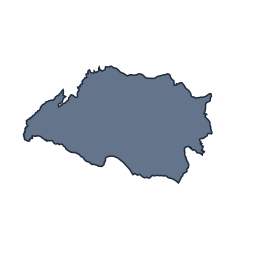 the district of Manonyane, Maseru, Lesotho, rotated 318°
{"feature_id": "5366337B83171462701560", "entity_name": "Manonyane", "entity_type": "district", "adm_level": 2, "iso_a3": "LSO", "parent_name": "Lesotho", "parent_adm1": "Maseru", "projection": "equal_earth", "projection_center": [27.717, -29.478], "detail": "fine", "context": "isolated", "style": "filled", "palette": "slate", "viewbox_px": 256, "rotation_deg": 318, "n_neighbors": 0, "source": "geoboundaries", "source_scale": "gbopen_adm2", "svg_char_len": 5740}
<svg xmlns="http://www.w3.org/2000/svg" viewBox="0 0 256 256"><g transform="rotate(318 128 128)"><path d="M128.7,202.5L129.6,201.8L130.1,202.2L130.9,201.8L132.2,201.4L133.2,201.0L134.0,200.5L135.2,200.1L136.4,200.2L137.4,199.5L138.8,199.0L139.9,199.2L140.6,199.5L141.3,199.4L142.1,199.7L142.8,199.7L143.6,198.4L144.6,197.8L146.4,197.8L147.2,197.0L148.6,196.0L149.1,194.4L149.5,193.5L149.8,192.6L149.8,191.6L150.3,190.9L150.4,190.0L151.4,188.9L151.6,187.1L152.2,185.9L152.8,185.1L153.8,184.3L154.2,183.7L155.2,182.0L155.9,181.7L156.5,180.8L157.9,180.7L158.5,181.1L160.2,181.8L160.8,182.4L161.0,183.4L161.4,184.2L160.8,184.0L160.8,185.1L161.3,185.6L161.3,186.3L161.1,187.2L161.4,188.0L162.7,188.4L163.0,189.4L162.8,192.8L163.7,193.5L164.1,194.4L164.7,194.9L164.9,195.7L164.9,196.9L165.2,197.7L166.1,196.8L168.1,196.7L168.7,196.9L169.1,196.5L168.8,195.7L168.0,195.6L168.0,194.7L167.6,193.9L169.4,193.5L170.0,192.5L170.9,192.4L171.5,192.0L171.6,191.3L171.0,190.7L171.3,189.8L171.2,188.6L171.8,189.1L172.4,189.0L171.9,188.2L173.1,186.8L172.8,186.2L172.8,185.4L173.2,184.8L173.8,184.3L174.6,184.4L175.4,184.8L175.9,185.6L176.5,185.6L177.4,186.2L178.3,186.4L179.0,186.2L181.6,186.7L182.4,186.2L183.2,185.7L184.0,185.8L184.7,186.5L185.4,187.1L185.8,188.1L186.8,188.1L187.6,187.3L187.8,186.2L189.1,183.8L190.4,182.2L191.1,180.2L192.3,179.0L192.8,178.2L193.0,175.9L193.0,174.8L192.8,172.7L193.0,170.7L194.3,170.5L195.6,170.5L195.4,169.6L194.1,168.1L195.2,167.7L197.1,166.7L199.2,164.8L201.6,162.2L203.0,161.8L204.4,161.9L206.3,162.7L207.5,162.6L208.9,161.2L210.1,160.6L211.4,160.1L212.0,159.1L212.5,158.0L211.8,157.2L209.1,156.7L208.5,156.7L207.1,156.5L205.9,156.1L203.8,154.9L202.5,153.6L201.5,153.3L200.4,152.3L198.3,151.2L197.9,149.3L197.2,148.7L196.7,148.0L196.4,146.6L197.1,145.2L197.7,144.3L198.2,141.1L198.0,139.3L197.5,137.5L197.7,136.3L198.2,134.2L198.2,133.0L198.4,130.5L197.1,129.3L196.0,128.9L194.9,129.0L193.6,127.5L192.6,128.4L191.6,127.8L190.9,127.0L192.6,125.0L193.6,123.6L193.2,120.2L193.7,118.4L194.3,117.5L194.6,116.0L193.8,114.2L192.0,113.6L189.9,112.3L188.2,111.5L184.4,109.4L182.2,109.1L181.3,109.1L179.6,107.7L178.2,106.4L175.4,103.5L174.8,102.5L174.5,98.7L173.9,96.8L172.7,95.4L171.3,94.4L169.8,94.2L167.9,92.9L165.8,90.3L164.9,89.6L163.1,89.2L162.3,88.5L161.8,86.8L161.4,85.2L160.9,83.8L160.3,82.8L159.7,81.4L159.7,79.0L159.6,77.4L159.1,75.6L158.5,74.8L157.7,73.7L156.9,70.9L155.9,70.1L154.6,70.0L152.6,67.6L151.7,67.8L150.5,69.0L149.9,69.1L148.8,69.0L146.9,68.4L146.7,67.0L146.1,66.5L146.5,64.9L147.3,63.5L146.2,63.9L145.5,64.7L145.0,65.6L144.2,65.9L143.0,65.9L142.5,65.4L141.3,65.4L140.9,63.9L141.0,63.0L139.7,64.0L138.8,63.9L138.1,63.1L137.5,62.1L137.5,60.9L138.1,60.1L138.2,59.1L137.1,58.7L135.6,59.5L134.8,60.8L134.3,60.3L132.9,60.0L132.2,60.7L131.8,61.8L131.4,62.7L130.5,62.7L129.6,61.8L128.6,62.3L126.2,62.3L125.0,62.7L124.4,63.5L124.3,64.5L123.7,64.7L122.7,64.2L121.7,64.0L120.7,64.5L120.3,65.3L119.6,64.5L118.5,64.7L117.8,64.0L117.4,64.8L117.6,66.4L117.2,67.1L116.1,67.3L115.0,67.4L113.9,68.1L113.2,68.7L112.7,69.3L111.5,71.0L110.7,71.0L110.1,70.9L109.6,70.1L109.0,68.3L109.2,67.4L108.6,66.4L108.2,65.4L107.5,65.4L106.9,65.3L106.2,65.7L104.1,66.0L103.5,66.8L102.5,67.2L98.9,67.2L97.3,67.1L95.9,66.3L94.3,66.7L93.8,66.3L91.7,66.3L90.7,66.0L91.2,64.8L91.6,64.4L92.2,63.9L93.3,63.9L94.1,64.4L95.7,64.6L97.0,64.4L97.9,63.7L99.9,62.8L102.7,62.9L102.0,61.2L101.5,60.7L101.8,59.8L102.7,59.4L104.6,57.5L105.4,56.1L104.1,56.1L102.7,56.4L102.1,56.9L99.1,56.9L98.1,57.3L97.3,56.7L95.8,56.5L95.0,56.5L94.0,56.7L92.9,57.4L92.1,57.1L90.9,57.3L90.2,56.5L89.0,55.6L87.3,54.9L85.9,54.6L84.8,53.8L81.9,54.2L80.2,53.5L77.6,54.0L77.0,54.0L75.7,55.1L75.2,55.1L74.3,55.4L73.3,55.5L72.4,54.9L71.9,55.5L69.8,54.9L69.0,55.2L66.9,55.6L65.8,55.2L64.3,55.2L63.8,55.7L62.9,55.5L61.8,54.9L60.9,55.6L60.0,54.9L58.9,54.7L57.2,54.7L56.9,55.7L55.9,56.4L55.3,57.0L55.1,57.9L55.0,59.3L54.1,59.5L53.3,59.1L52.1,59.1L51.6,59.9L50.8,59.7L49.7,61.4L48.8,61.4L48.7,62.2L47.8,62.4L46.8,62.3L46.4,63.0L45.7,63.2L45.6,64.2L45.0,64.3L44.8,65.8L43.9,66.3L43.5,67.8L44.2,68.9L44.3,69.5L44.6,70.5L45.4,71.2L45.7,71.5L46.1,71.7L46.3,71.7L46.5,71.5L46.7,71.4L47.0,70.8L47.3,70.6L47.8,70.9L48.1,70.7L48.5,70.6L48.8,70.6L49.0,70.7L49.7,70.7L49.7,71.2L49.6,71.4L49.7,71.7L50.0,71.8L50.7,71.0L50.9,70.8L50.9,70.5L51.5,69.8L52.2,70.3L52.6,70.9L52.8,71.3L53.0,71.3L53.1,71.5L54.1,72.5L54.7,72.8L55.1,73.2L55.5,73.3L55.7,73.2L56.6,74.4L57.1,75.5L57.6,76.4L57.5,77.5L58.0,79.4L58.3,80.4L58.3,81.4L58.9,81.9L58.7,82.6L59.4,82.5L59.2,83.5L60.1,84.2L60.9,84.5L61.5,85.4L63.1,86.4L63.3,87.5L62.9,88.7L62.9,89.6L63.1,90.9L63.9,91.8L65.5,92.6L65.8,94.4L66.9,94.7L67.6,95.2L68.2,96.5L68.3,97.3L68.0,98.0L68.5,100.5L68.0,101.6L67.8,102.6L68.3,103.2L68.3,104.3L68.6,105.5L69.4,107.9L70.0,108.5L71.3,110.1L72.1,110.4L73.3,113.4L73.6,114.2L74.0,114.8L74.1,115.7L73.9,116.7L74.1,118.1L74.8,119.3L74.8,120.2L74.6,121.3L74.5,123.4L75.0,125.5L76.4,127.4L76.5,128.3L76.4,129.4L76.9,131.1L78.0,131.9L78.7,132.7L79.4,134.0L80.0,134.7L80.4,136.5L81.3,137.4L81.9,138.2L83.3,139.3L84.5,139.0L85.7,139.1L87.3,137.8L88.7,137.6L89.7,136.8L91.1,135.4L92.1,135.4L93.5,135.6L95.8,136.9L98.2,139.0L100.4,143.5L101.5,150.4L101.6,159.4L100.8,164.1L100.4,166.0L101.2,166.2L102.0,166.2L102.8,166.6L103.2,168.8L103.8,169.5L104.5,170.0L105.7,170.3L106.0,171.4L106.0,172.7L106.1,174.1L107.0,176.1L108.3,176.8L109.2,177.5L109.6,178.6L110.1,179.3L110.7,179.6L111.2,179.6L111.9,179.7L112.7,179.5L113.6,179.3L114.5,179.5L114.9,180.6L116.8,182.0L117.8,182.5L118.3,182.9L119.0,184.1L119.9,184.8L121.4,186.1L122.0,186.9L122.4,187.6L123.1,187.7L124.0,188.9L124.5,190.2L124.5,191.3L124.8,192.2L125.6,193.2L127.4,196.3L127.9,198.0L128.4,200.1L128.7,202.5Z" fill="#64748b" stroke="#1e293b" stroke-width="1.5"/></g></svg>